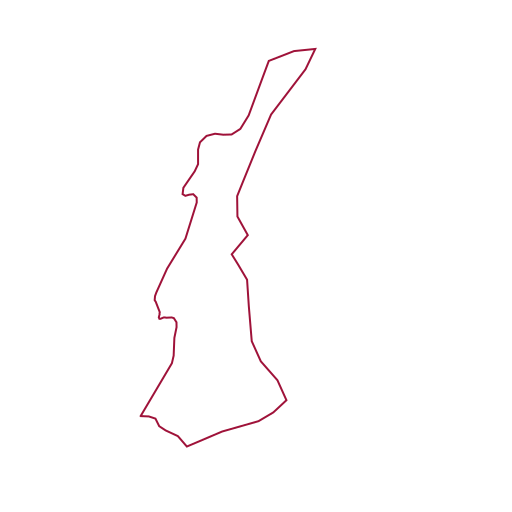 map outline of Moroto (Natural Earth projection), rotated 220°
{"feature_id": "UGA-3127", "entity_name": "Moroto", "entity_type": "District", "adm_level": 1, "iso_a3": "UGA", "parent_name": "Uganda", "parent_adm1": "", "projection": "natural_earth1", "projection_center": [34.678, 2.605], "detail": "fine", "context": "isolated", "style": "outline", "palette": "rose", "viewbox_px": 512, "rotation_deg": 220, "n_neighbors": 0, "source": "natural_earth", "source_scale": "10m", "svg_char_len": 1019}
<svg xmlns="http://www.w3.org/2000/svg" viewBox="0 0 512 512"><g transform="rotate(220 256 256)"><path d="M241.5,59.3L251.5,119.8L255.0,126.7L265.9,140.8L271.1,150.4L274.3,154.1L279.0,155.6L281.1,154.7L285.0,151.1L286.4,150.3L287.2,149.6L288.8,146.5L289.6,145.8L291.0,146.5L291.7,147.9L292.3,149.3L293.0,150.0L293.6,151.1L303.4,156.5L305.2,157.0L307.6,160.4L308.9,164.0L316.0,189.2L321.2,223.9L335.8,258.9L339.0,262.6L343.8,263.0L346.6,260.0L348.8,256.7L352.0,256.2L355.5,261.6L357.4,281.5L359.4,289.1L368.8,300.3L372.0,307.1L371.1,316.2L366.0,323.3L359.0,327.9L352.8,333.4L349.7,343.3L352.0,359.0L365.4,396.3L371.6,413.7L358.6,437.4L343.7,452.7L338.1,430.9L335.4,374.1L323.8,335.7L313.7,304.4L308.9,289.7L295.6,274.3L275.7,266.7L275.7,241.7L264.1,237.9L247.6,232.1L229.3,213.0L204.5,188.0L184.6,178.4L159.7,174.6L140.0,165.1L142.2,147.3L147.9,131.1L169.1,99.8L186.5,65.6L200.1,67.8L213.1,64.3L220.7,63.4L228.5,66.8L235.0,64.2L241.2,59.4L241.3,59.3L241.5,59.3Z" fill="none" stroke="#9f1239" stroke-width="2"/></g></svg>